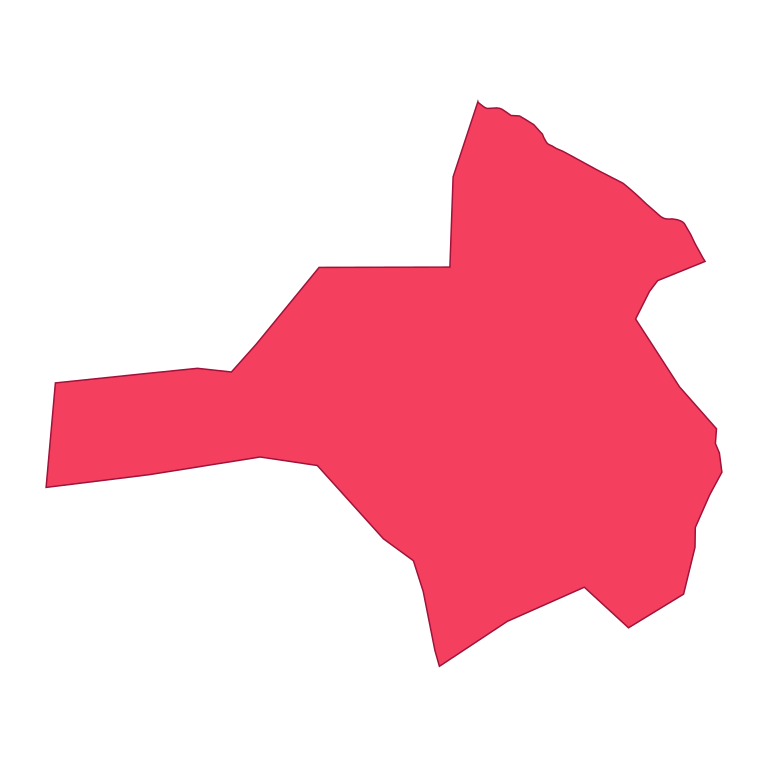 Cagaandelger, Dundgovi, Mongolia (Equal Earth projection)
{"feature_id": "93677404B83577938576500", "entity_name": "Cagaandelger", "entity_type": "district", "adm_level": 2, "iso_a3": "MNG", "parent_name": "Mongolia", "parent_adm1": "Dundgovi", "projection": "equal_earth", "projection_center": [107.979, 46.403], "detail": "fine", "context": "isolated", "style": "filled", "palette": "rose", "viewbox_px": 768, "rotation_deg": 0, "n_neighbors": 0, "source": "geoboundaries", "source_scale": "gbopen_adm2", "svg_char_len": 1305}
<svg xmlns="http://www.w3.org/2000/svg" viewBox="0 0 768 768"><path d="M55.4,382.9L46.1,487.4L149.7,474.6L260.0,457.0L317.3,465.5L383.4,538.8L413.4,560.7L423.2,591.4L434.9,650.4L439.4,666.3L507.4,621.3L584.3,587.2L628.5,627.8L683.6,594.1L695.0,547.3L695.3,527.5L709.7,494.8L721.9,472.2L719.4,453.0L715.4,443.5L716.5,428.8L679.6,387.0L635.6,319.0L649.5,291.4L657.7,280.6L705.1,261.4L703.4,258.7L702.4,257.0L699.7,252.0L696.0,245.4L694.5,242.5L690.7,234.5L685.7,225.9L684.4,223.6L682.7,222.0L680.9,221.0L677.3,219.7L672.1,218.9L669.0,219.1L666.4,218.9L664.2,218.4L662.1,217.4L660.4,216.3L646.0,203.7L638.1,196.2L631.8,190.6L625.8,185.5L623.1,183.3L601.5,172.2L596.1,169.4L574.7,157.7L562.7,151.2L556.3,148.5L552.2,146.0L549.9,145.0L547.7,143.8L546.3,142.1L543.8,137.6L542.4,134.1L541.7,133.4L540.4,132.0L539.1,130.6L533.8,124.7L530.0,122.3L526.5,120.1L519.6,116.0L515.4,115.7L511.1,115.5L507.7,113.1L502.1,109.3L499.6,108.3L499.4,108.3L498.6,108.2L497.2,108.0L496.9,107.9L490.6,108.3L487.8,108.4L487.6,108.4L487.3,108.4L486.9,108.4L486.6,108.2L486.0,108.0L485.5,107.8L484.5,107.3L483.4,106.5L482.7,106.0L480.5,104.3L478.9,103.0L478.1,102.4L477.9,101.7L453.1,176.9L449.9,267.1L319.1,267.4L256.3,344.1L231.4,372.0L197.4,368.3L141.3,374.0L55.4,382.9Z" fill="#f43f5e" stroke="#9f1239" stroke-width="1.5"/></svg>